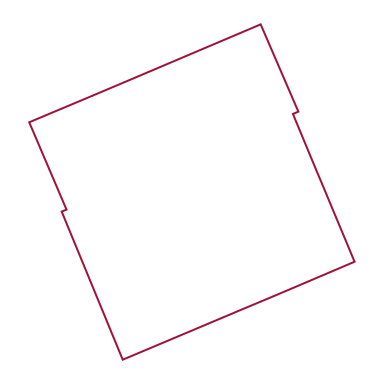 the district of Anderson, Kansas, United States of America, rotated 337°
{"feature_id": "52423323B39153241974735", "entity_name": "Anderson", "entity_type": "district", "adm_level": 2, "iso_a3": "USA", "parent_name": "United States of America", "parent_adm1": "Kansas", "projection": "orthographic", "projection_center": [-95.278, 38.214], "detail": "fine", "context": "isolated", "style": "outline", "palette": "rose", "viewbox_px": 384, "rotation_deg": 337, "n_neighbors": 0, "source": "geoboundaries", "source_scale": "gbopen_adm2", "svg_char_len": 326}
<svg xmlns="http://www.w3.org/2000/svg" viewBox="0 0 384 384"><g transform="rotate(337 192 192)"><path d="M62.7,319.3L188.1,319.6L230.5,319.8L314.4,319.7L314.9,235.4L314.9,225.1L315.4,159.6L321.3,159.6L320.7,64.5L153.5,64.5L69.4,64.2L69.6,159.2L64.4,159.1L62.7,319.3Z" fill="none" stroke="#9f1239" stroke-width="2"/></g></svg>